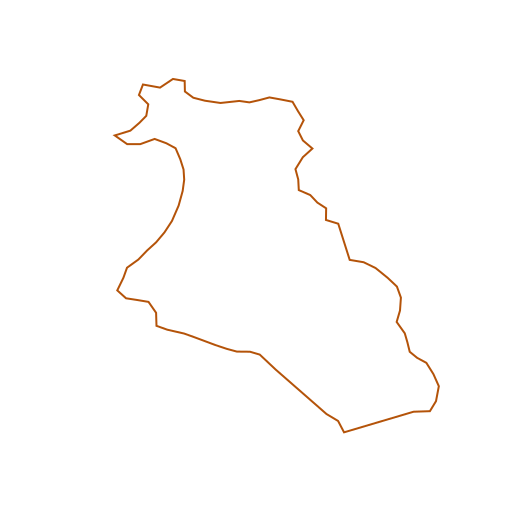 the district of Penha, Santa Catarina, Brazil, rotated 255°
{"feature_id": "56859067B78825911007655", "entity_name": "Penha", "entity_type": "district", "adm_level": 2, "iso_a3": "BRA", "parent_name": "Brazil", "parent_adm1": "Santa Catarina", "projection": "albers", "projection_center": [-48.64, -26.804], "detail": "fine", "context": "isolated", "style": "outline", "palette": "amber", "viewbox_px": 512, "rotation_deg": 255, "n_neighbors": 0, "source": "geoboundaries", "source_scale": "gbopen_adm2", "svg_char_len": 1226}
<svg xmlns="http://www.w3.org/2000/svg" viewBox="0 0 512 512"><g transform="rotate(255 256 256)"><path d="M339.3,326.8L345.2,338.3L355.5,331.2L365.7,329.1L374.8,337.2L385.2,334.0L395.5,331.2L400.8,320.4L405.7,310.0L405.7,299.6L406.1,289.4L410.1,280.0L413.0,261.3L419.2,246.9L425.1,236.4L433.3,229.9L443.5,232.4L448.5,221.6L443.5,206.9L450.9,191.2L441.8,184.6L430.4,191.2L419.8,186.3L414.9,178.0L409.6,167.1L409.0,150.8L397.4,160.5L394.0,173.1L395.3,188.4L388.1,198.6L380.9,206.2L369.1,207.9L358.3,208.4L348.3,206.4L337.8,202.0L324.7,194.3L311.6,183.9L302.5,173.7L295.1,163.1L289.6,152.4L283.0,141.4L278.1,128.4L269.3,122.3L258.7,113.1L248.8,119.5L244.5,129.3L239.5,140.3L227.0,144.8L214.3,141.8L207.8,151.2L199.7,166.5L193.4,175.6L187.5,183.9L180.5,193.7L173.9,203.7L168.6,212.8L165.1,225.4L159.8,234.1L141.2,245.6L85.1,283.2L75.4,292.6L62.9,295.4L64.8,367.9L61.1,383.8L69.2,392.3L82.9,398.9L96.0,396.8L108.7,392.9L115.9,385.3L123.7,379.7L133.5,379.9L142.8,379.7L155.9,374.8L166.1,381.0L178.3,385.2L190.0,384.2L200.7,377.6L213.4,368.4L222.1,358.4L228.0,345.5L265.9,343.8L272.7,332.9L283.9,336.1L291.7,329.1L300.8,324.2L308.6,314.4L319.0,316.6L329.7,316.6L339.3,326.8Z" fill="none" stroke="#b45309" stroke-width="2"/></g></svg>